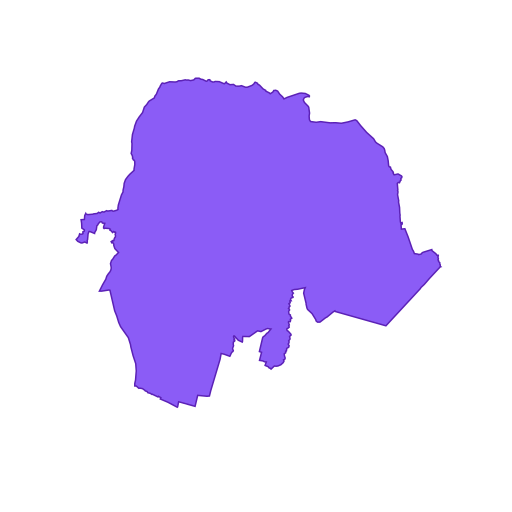 Grajduri, Iasi, Romania (orthographic projection), rotated 21°
{"feature_id": "2599482B71746313181948", "entity_name": "Grajduri", "entity_type": "district", "adm_level": 2, "iso_a3": "ROU", "parent_name": "Romania", "parent_adm1": "Iasi", "projection": "orthographic", "projection_center": [27.558, 46.975], "detail": "fine", "context": "isolated", "style": "filled", "palette": "violet", "viewbox_px": 512, "rotation_deg": 21, "n_neighbors": 0, "source": "geoboundaries", "source_scale": "gbopen_adm2", "svg_char_len": 6064}
<svg xmlns="http://www.w3.org/2000/svg" viewBox="0 0 512 512"><g transform="rotate(21 256 256)"><path d="M326.7,106.7L323.8,104.4L315.0,101.0L306.8,96.7L301.7,93.6L300.1,93.3L299.4,93.6L293.9,97.8L288.1,101.5L282.4,103.1L277.6,105.1L268.2,107.4L264.3,109.6L258.8,110.9L257.4,110.0L256.8,109.2L255.4,106.2L254.8,103.4L251.9,98.2L251.0,97.5L246.2,95.3L244.6,93.8L244.2,93.1L244.3,91.3L244.9,90.3L246.9,88.7L248.7,88.2L248.5,87.4L247.8,87.0L243.8,86.6L239.8,87.7L238.1,88.6L228.3,96.7L225.8,99.3L223.8,97.9L220.1,96.4L217.1,94.3L215.0,94.2L213.2,95.2L213.3,95.7L212.8,97.2L211.1,99.4L209.8,98.9L206.2,98.6L205.7,97.9L202.8,97.5L198.0,95.2L196.4,95.1L195.5,94.2L193.1,94.0L192.7,94.3L192.3,96.2L191.2,98.1L187.3,101.6L185.7,102.2L181.4,102.2L179.4,103.5L176.4,104.6L173.5,103.9L170.3,105.4L166.8,105.0L165.8,104.2L164.9,106.4L164.3,106.6L159.2,106.4L155.3,107.7L154.4,108.6L153.2,109.1L150.5,108.9L149.7,108.0L149.3,108.1L148.2,108.6L147.5,110.3L146.9,110.7L143.0,110.3L141.2,110.7L139.1,110.4L135.7,111.8L134.8,113.9L132.1,115.7L129.5,116.0L128.4,116.6L126.8,116.9L123.5,119.1L120.7,120.3L119.9,121.5L118.3,122.5L112.9,124.3L108.6,127.8L106.7,128.0L106.3,128.4L106.1,129.2L105.7,131.4L105.7,132.8L105.1,135.0L105.0,140.7L104.3,142.9L104.4,144.9L100.8,149.6L100.4,150.6L99.7,153.8L98.4,157.0L98.7,162.7L97.1,168.1L96.1,172.9L96.2,178.3L96.6,180.3L97.1,186.8L99.0,194.0L99.9,195.4L102.2,201.9L102.7,205.0L104.6,206.7L105.6,208.3L105.6,208.9L106.0,209.3L107.2,210.3L107.9,210.2L108.9,211.2L110.1,214.1L111.0,218.7L111.5,219.7L108.9,224.9L107.9,227.5L106.8,231.4L106.9,235.4L107.8,238.7L108.3,242.1L108.9,243.9L108.5,247.1L109.2,257.7L109.9,260.7L110.5,262.0L109.6,263.2L106.8,265.3L105.8,265.4L105.1,265.1L101.5,267.2L100.3,267.2L98.3,269.5L96.6,269.7L95.0,271.7L93.4,271.6L92.5,273.2L89.4,274.8L88.6,275.5L84.2,277.6L82.3,277.8L81.8,277.3L81.6,279.6L82.7,283.4L79.7,284.8L81.5,288.0L83.4,292.4L86.4,293.1L86.7,293.9L86.7,294.4L85.7,295.5L86.4,297.0L86.3,297.5L84.7,298.6L83.4,298.5L83.6,301.3L82.2,305.1L84.4,306.2L87.9,306.5L88.9,306.2L91.1,304.3L93.6,304.5L93.6,303.6L92.9,302.1L92.9,301.1L91.3,295.5L91.3,293.0L92.0,292.7L97.2,292.8L97.0,292.0L97.5,288.7L96.6,284.8L97.2,283.5L97.2,282.5L98.1,280.1L99.3,279.5L100.1,279.6L100.8,280.3L103.1,279.7L103.3,283.5L103.7,284.5L104.1,284.7L104.4,284.8L104.9,284.2L109.1,283.0L110.3,283.2L110.3,284.1L110.5,284.3L111.3,284.2L113.7,285.5L114.3,284.2L115.2,284.5L115.5,284.1L116.4,284.2L116.8,285.4L116.7,286.2L117.5,287.3L117.9,288.6L117.5,289.8L117.5,291.2L117.8,292.5L117.5,292.9L116.7,292.9L115.6,294.5L116.7,295.4L117.3,294.7L119.0,295.9L119.5,297.2L121.6,299.7L126.4,302.0L125.0,305.3L124.1,306.6L123.4,310.2L122.7,312.0L122.9,315.3L124.9,318.5L125.4,320.0L125.5,321.4L125.4,322.9L124.5,325.6L123.9,328.4L124.1,331.5L123.1,337.8L122.4,344.9L124.5,344.1L130.8,340.5L131.9,340.3L143.7,357.8L147.5,361.9L151.7,367.3L154.9,370.5L166.1,378.0L170.6,383.7L171.8,385.8L176.9,393.0L182.3,399.6L185.4,406.2L188.0,415.0L188.5,418.4L189.4,420.8L190.9,420.3L194.0,421.5L194.9,421.0L197.5,420.5L200.3,421.2L200.9,421.6L203.0,421.6L204.0,422.4L206.5,422.1L208.4,422.5L208.7,422.2L215.0,422.7L215.2,422.0L217.9,422.3L217.9,423.8L226.1,424.1L236.7,425.4L236.9,424.9L236.0,419.8L253.0,418.2L251.5,407.0L260.5,404.5L262.7,403.4L262.0,397.9L259.5,365.5L258.4,359.5L261.5,359.1L267.5,359.0L267.6,358.7L267.7,355.8L268.1,354.2L268.7,353.4L268.7,352.4L267.5,351.2L267.2,350.3L267.2,347.8L266.4,346.6L265.7,344.5L266.6,343.0L266.5,342.5L266.3,342.2L265.5,342.3L265.4,342.0L265.8,341.7L265.8,341.1L265.2,340.9L264.2,339.8L263.9,339.2L264.0,338.5L264.5,338.4L269.6,341.0L274.0,341.3L274.0,340.5L272.6,336.6L272.6,335.8L278.7,333.6L284.3,325.3L287.7,324.8L291.7,320.4L292.7,319.6L296.1,318.8L294.7,323.2L293.8,324.3L292.8,327.2L291.6,329.0L291.5,330.0L293.4,344.0L295.7,343.9L296.7,352.2L299.9,351.5L301.9,351.7L303.6,351.2L303.7,354.9L307.1,355.0L308.4,355.8L309.5,355.7L310.6,356.2L312.5,352.2L314.5,351.6L315.9,350.8L318.2,348.6L319.6,345.8L319.8,344.2L318.9,343.0L319.8,342.3L319.9,341.3L319.6,340.5L318.4,339.1L317.4,337.2L318.4,335.7L317.8,334.3L318.4,333.8L318.2,333.2L318.3,332.7L317.8,331.7L318.0,330.9L319.2,329.6L319.1,327.9L317.7,326.8L317.6,326.4L317.9,325.3L317.8,324.8L317.5,324.0L316.9,323.5L317.5,321.6L317.4,321.0L316.2,319.1L317.1,317.2L316.6,316.5L313.0,314.6L312.1,314.6L311.1,313.7L311.0,312.6L311.8,311.9L312.5,310.5L311.5,309.2L311.8,308.4L310.1,306.4L309.9,305.6L311.5,305.0L311.4,303.9L310.7,302.8L311.7,301.2L309.7,299.8L309.2,298.7L308.0,298.5L307.4,298.1L306.3,295.9L306.7,294.5L306.4,293.9L305.2,293.4L305.5,292.6L305.1,291.8L305.7,290.9L305.5,290.3L303.8,288.7L304.7,287.4L303.7,285.9L304.9,285.2L303.9,284.4L303.7,283.7L304.0,282.5L305.4,281.4L305.3,280.9L304.3,280.5L303.9,279.7L303.7,278.6L304.2,277.3L302.7,276.5L301.7,275.4L303.7,273.6L306.8,272.1L313.3,267.9L313.2,270.0L313.8,273.6L319.2,281.5L319.6,281.9L320.0,283.0L322.2,286.3L323.3,287.4L329.0,289.7L334.5,293.9L335.4,295.1L337.1,295.7L339.4,294.8L343.1,288.7L344.2,287.5L348.0,280.7L349.3,278.9L349.9,279.4L351.0,279.3L402.3,274.6L421.1,227.6L421.3,226.3L423.3,222.2L426.0,214.7L431.9,200.1L432.3,199.8L431.7,199.6L431.2,198.2L430.5,197.7L430.0,196.4L428.4,195.7L428.0,194.7L427.3,194.4L427.2,193.1L426.2,191.8L426.2,191.1L425.7,190.7L426.0,190.2L425.9,190.0L424.5,190.4L423.1,189.4L418.5,188.0L417.8,187.0L410.6,192.7L409.9,193.6L409.4,195.1L407.3,196.4L406.6,196.2L403.0,197.0L401.4,195.2L399.6,193.8L391.2,183.7L385.2,177.2L382.1,178.8L380.3,175.1L380.2,174.6L380.9,174.3L381.0,173.5L380.4,172.4L379.2,173.3L378.3,171.9L376.1,167.2L375.9,166.2L374.9,164.5L372.6,159.2L369.7,154.5L369.5,153.4L366.4,148.4L365.9,147.3L365.9,146.5L365.5,145.1L364.7,144.2L364.8,143.6L361.9,137.6L362.5,136.3L363.7,136.2L363.8,133.7L364.2,133.2L363.4,131.6L364.0,130.7L363.8,129.6L363.1,129.1L359.2,128.5L355.9,130.7L355.5,130.6L354.3,129.4L354.5,129.2L353.8,128.3L351.0,126.7L349.6,124.8L348.6,125.0L347.5,124.2L345.3,119.8L343.0,116.1L339.5,113.2L338.2,111.0L337.1,109.7L335.3,108.7L328.2,107.3L326.7,106.7Z" fill="#8b5cf6" stroke="#5b21b6" stroke-width="1.5"/></g></svg>